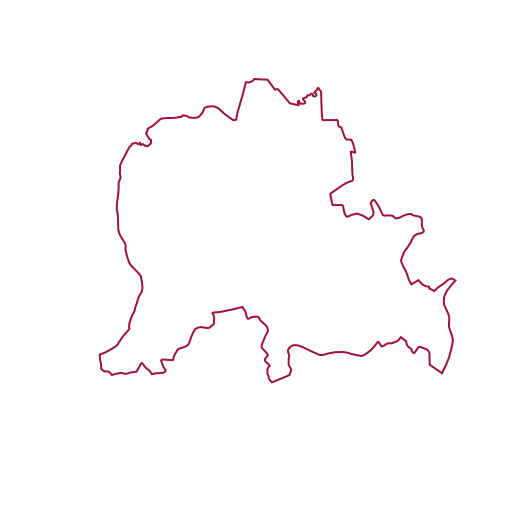 the district of Hong Linh, Ha Tinh, Vietnam, rotated 162°
{"feature_id": "81297802B12079916150099", "entity_name": "Hong Linh", "entity_type": "district", "adm_level": 2, "iso_a3": "VNM", "parent_name": "Vietnam", "parent_adm1": "Ha Tinh", "projection": "orthographic", "projection_center": [105.71, 18.534], "detail": "fine", "context": "isolated", "style": "outline", "palette": "rose", "viewbox_px": 512, "rotation_deg": 162, "n_neighbors": 0, "source": "geoboundaries", "source_scale": "gbopen_adm2", "svg_char_len": 6105}
<svg xmlns="http://www.w3.org/2000/svg" viewBox="0 0 512 512"><g transform="rotate(162 256 256)"><path d="M436.7,201.9L437.5,198.2L438.0,196.9L437.8,195.6L436.4,193.7L435.7,193.2L434.9,192.7L432.3,191.9L431.3,190.6L429.9,187.5L429.5,187.3L428.8,187.4L426.6,187.3L421.1,186.7L419.0,185.9L418.4,185.2L417.4,184.6L415.3,184.0L413.7,183.9L411.2,184.0L405.2,182.9L404.1,184.3L402.3,185.6L399.0,188.9L398.1,189.5L397.6,189.5L396.7,187.6L395.5,183.9L392.5,179.5L391.6,175.8L387.6,175.4L381.4,173.8L379.9,173.7L378.7,173.8L377.8,174.6L377.3,175.5L378.4,179.0L378.6,184.7L378.4,186.1L377.7,186.5L376.5,186.3L367.3,182.6L364.3,186.8L360.0,190.7L358.5,191.6L352.0,191.6L349.6,191.9L347.5,192.9L344.9,196.0L343.1,198.5L340.1,201.9L338.4,203.6L336.6,205.1L335.2,205.5L333.5,205.8L330.7,205.5L328.3,204.5L325.1,202.7L322.9,202.2L321.5,202.4L320.7,203.0L318.5,203.7L317.0,204.5L314.8,210.4L314.6,212.4L315.0,214.1L315.0,215.2L314.4,215.5L307.9,213.9L295.4,212.5L284.6,211.7L284.3,209.8L283.3,206.9L283.2,205.8L283.6,202.4L283.5,199.7L283.2,199.0L282.4,198.6L281.5,198.6L280.0,199.1L278.4,199.1L274.5,198.3L273.0,197.6L272.4,196.7L271.7,193.2L268.4,187.6L267.4,185.0L267.5,182.0L268.4,180.3L271.9,176.9L277.9,169.9L278.8,167.6L278.8,166.8L275.8,160.2L275.3,158.4L275.5,157.9L279.5,155.1L279.9,153.7L278.9,151.4L277.5,149.4L277.1,147.1L278.0,146.8L278.9,146.3L280.1,144.8L280.5,144.0L281.5,140.5L281.2,138.2L281.4,136.2L281.4,134.8L281.1,133.5L279.9,130.9L260.8,132.4L260.4,133.3L257.9,136.3L257.6,137.3L258.5,142.0L258.3,143.4L256.4,148.7L255.3,150.3L255.1,152.0L255.2,154.4L254.9,156.2L253.9,157.4L252.7,158.4L250.8,159.2L248.5,159.6L246.2,159.1L243.9,158.1L240.2,155.3L232.1,147.6L226.0,142.2L223.9,141.4L221.0,141.0L217.5,141.0L210.2,140.0L202.9,137.8L198.9,135.8L195.8,133.5L187.3,128.6L185.0,128.2L184.3,128.3L178.5,130.0L175.8,131.0L172.8,132.7L169.9,134.4L167.8,136.1L166.5,136.7L166.0,136.2L164.5,131.2L164.2,131.1L162.0,131.2L160.1,131.8L158.3,132.1L156.4,131.9L154.3,131.1L149.0,131.2L146.4,132.0L143.3,134.1L139.6,128.5L139.9,126.0L139.8,124.0L139.5,123.2L138.8,122.0L137.9,120.9L137.4,119.9L137.1,118.9L137.2,117.8L136.8,116.2L136.2,115.1L135.3,114.9L134.9,115.1L131.1,118.0L129.7,119.0L128.9,119.0L127.4,118.4L122.7,114.6L121.9,113.6L121.4,112.4L121.1,110.2L124.4,98.8L115.3,87.1L108.9,93.7L104.1,99.4L98.5,108.0L95.7,112.9L94.6,115.9L94.3,119.1L94.4,128.7L93.3,132.3L91.9,135.6L91.0,138.7L91.1,142.2L91.9,149.6L92.2,151.1L91.6,154.2L90.0,158.3L88.2,160.8L85.0,164.1L79.1,168.0L74.0,170.9L75.3,172.7L76.8,174.2L79.2,174.2L81.2,173.8L85.3,172.0L93.3,169.6L95.9,168.2L97.6,167.7L98.3,169.0L101.1,171.3L100.9,173.3L103.5,174.6L105.8,176.6L107.9,180.1L108.9,182.8L117.0,181.0L117.7,184.7L118.0,186.5L118.0,192.9L118.3,196.6L119.0,199.5L119.6,204.8L119.4,207.2L114.6,213.2L112.3,215.3L110.5,216.4L105.0,220.8L101.2,224.8L99.2,226.2L98.4,226.6L97.4,226.8L95.9,226.9L90.7,226.7L89.1,227.3L88.5,228.4L89.0,231.7L89.0,232.7L88.7,234.2L87.1,239.0L86.9,240.6L87.5,242.1L88.9,243.2L93.7,245.9L94.6,246.7L95.4,247.9L96.3,248.3L99.2,248.9L102.7,248.8L108.5,248.1L110.7,248.4L111.5,248.7L112.1,249.3L113.3,251.5L114.0,252.2L116.6,253.4L120.9,254.6L122.3,255.3L122.7,255.8L124.0,265.4L125.3,270.3L125.9,272.0L126.5,272.9L127.9,273.0L129.7,271.8L130.6,270.7L130.6,261.7L131.4,259.5L132.2,258.5L137.2,256.1L138.1,256.6L141.3,260.8L145.0,263.9L146.6,265.0L149.1,265.4L152.5,265.5L156.4,265.1L157.6,265.4L158.2,266.5L158.6,270.0L157.8,276.0L157.9,277.2L158.8,278.1L160.1,278.6L163.1,279.4L165.9,280.5L167.3,280.7L167.2,284.0L166.5,290.3L166.2,291.8L165.7,292.4L151.8,296.6L146.5,297.7L141.4,297.8L140.3,298.4L139.9,299.3L139.4,301.1L139.2,303.3L138.6,305.6L135.5,316.2L133.7,325.7L132.7,325.6L130.6,323.9L129.7,323.7L129.1,328.1L129.0,333.7L129.4,337.2L133.6,338.6L134.3,339.5L134.7,340.7L135.0,342.4L135.1,351.9L136.9,353.3L137.2,353.8L137.3,354.6L137.2,356.0L136.4,358.9L136.7,360.2L149.9,364.4L150.4,364.7L150.6,365.2L150.5,366.2L149.6,370.4L146.0,383.2L143.4,391.7L143.3,392.6L144.3,394.4L144.6,396.1L144.9,396.6L145.4,396.6L146.9,395.1L149.9,393.5L149.9,393.0L148.8,391.7L148.6,391.0L148.8,390.4L149.4,389.8L151.1,389.6L152.0,390.1L152.2,390.5L152.3,392.7L152.8,393.2L153.5,393.2L155.4,392.4L157.6,392.9L158.4,391.8L159.0,391.4L162.2,391.4L162.7,391.1L162.8,390.4L161.8,387.9L161.9,386.6L162.3,386.2L163.8,386.1L166.7,387.2L167.2,387.8L167.0,389.7L167.2,390.2L167.6,390.3L168.2,390.2L168.7,389.4L169.0,386.3L176.6,390.7L183.5,407.8L184.0,408.2L186.6,408.3L190.5,420.1L203.1,424.9L204.1,424.0L204.9,423.6L207.2,423.3L209.5,423.4L211.9,424.4L219.9,411.9L227.6,400.6L229.8,397.2L232.8,391.8L234.7,391.9L236.0,392.6L242.1,401.0L246.2,408.2L249.1,410.8L251.2,411.9L256.3,413.0L258.6,412.9L259.8,412.1L262.2,409.3L264.3,407.7L267.4,406.1L269.2,405.8L271.7,406.4L276.3,408.1L277.6,409.2L278.4,410.6L282.1,412.3L282.8,412.2L283.8,411.4L284.4,411.3L285.9,411.9L288.4,412.1L293.5,413.3L298.9,415.0L303.7,415.9L304.3,415.8L305.7,415.3L313.6,411.8L319.6,410.5L320.2,409.3L321.1,408.1L322.5,406.9L322.7,406.4L322.3,404.9L322.2,403.1L321.4,401.7L321.4,400.3L320.3,399.2L320.0,398.7L320.8,396.4L321.2,395.6L321.8,395.2L324.9,394.0L325.4,394.0L326.2,394.7L327.6,395.1L328.1,396.3L328.7,396.7L329.2,397.6L330.5,397.1L331.5,397.5L331.5,398.0L331.2,398.9L331.3,399.4L332.0,399.4L332.6,398.9L333.4,398.7L334.1,399.3L335.0,400.6L336.0,401.0L337.4,400.8L339.0,401.1L340.5,399.5L342.5,399.0L345.0,396.6L353.2,388.6L357.1,384.4L357.9,382.5L358.6,379.9L360.1,376.3L360.3,373.6L360.7,372.4L362.2,370.3L364.0,368.3L365.3,363.9L367.9,357.4L370.8,351.5L372.8,347.0L374.2,342.6L374.3,340.4L374.9,337.0L378.7,324.0L379.0,321.0L378.9,318.4L378.5,315.9L376.9,309.5L376.7,307.4L376.7,306.3L377.7,303.9L378.4,301.0L378.8,294.0L378.6,288.8L377.9,285.8L373.4,276.8L372.1,273.6L371.8,271.8L372.7,265.5L373.9,260.6L375.9,257.1L380.3,253.2L384.3,247.5L386.4,244.8L389.1,240.5L392.0,237.9L394.0,235.7L395.6,233.1L396.9,231.6L397.6,230.4L398.6,227.9L398.8,226.0L400.4,224.8L406.9,221.0L413.8,215.8L414.4,214.9L416.4,213.8L418.5,213.1L424.0,211.8L429.9,210.8L435.1,210.5L435.3,209.4L436.4,205.8L436.7,201.9Z" fill="none" stroke="#9f1239" stroke-width="2"/></g></svg>